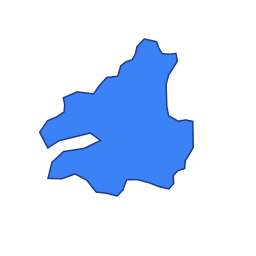 an SVG outline of Străşeni, rotated 127°
{"feature_id": "MDA-1647", "entity_name": "Străşeni", "entity_type": "District", "adm_level": 1, "iso_a3": "MDA", "parent_name": "Moldova", "parent_adm1": "", "projection": "natural_earth1", "projection_center": [28.587, 47.172], "detail": "fine", "context": "isolated", "style": "filled", "palette": "blue", "viewbox_px": 256, "rotation_deg": 127, "n_neighbors": 0, "source": "natural_earth", "source_scale": "10m", "svg_char_len": 819}
<svg xmlns="http://www.w3.org/2000/svg" viewBox="0 0 256 256"><g transform="rotate(127 128 128)"><path d="M198.3,114.8L194.5,129.5L196.6,142.7L208.4,150.3L216.4,161.6L201.3,168.0L185.6,165.3L170.7,150.8L154.4,142.4L154.7,155.1L179.7,175.5L192.2,180.0L184.6,196.0L170.5,196.6L162.2,191.7L153.6,188.7L147.6,192.5L142.8,197.8L129.9,190.5L121.4,176.0L111.5,176.4L100.5,175.4L92.9,167.4L82.7,171.2L76.4,169.5L71.0,165.8L64.2,166.7L57.7,169.8L47.1,168.6L41.9,157.1L45.5,151.7L48.1,145.4L43.9,138.9L39.6,134.6L44.9,128.8L61.4,127.4L70.1,123.9L87.4,110.0L93.8,103.0L92.3,92.1L86.8,86.7L83.7,80.3L104.3,64.1L119.7,62.5L126.2,58.4L132.3,62.5L138.6,63.3L144.8,58.2L152.1,58.7L156.1,67.9L159.1,78.4L163.5,89.3L170.1,97.9L180.7,94.8L188.8,95.7L193.0,105.8L198.3,114.8Z" fill="#3b82f6" stroke="#1e3a8a" stroke-width="1.5"/></g></svg>